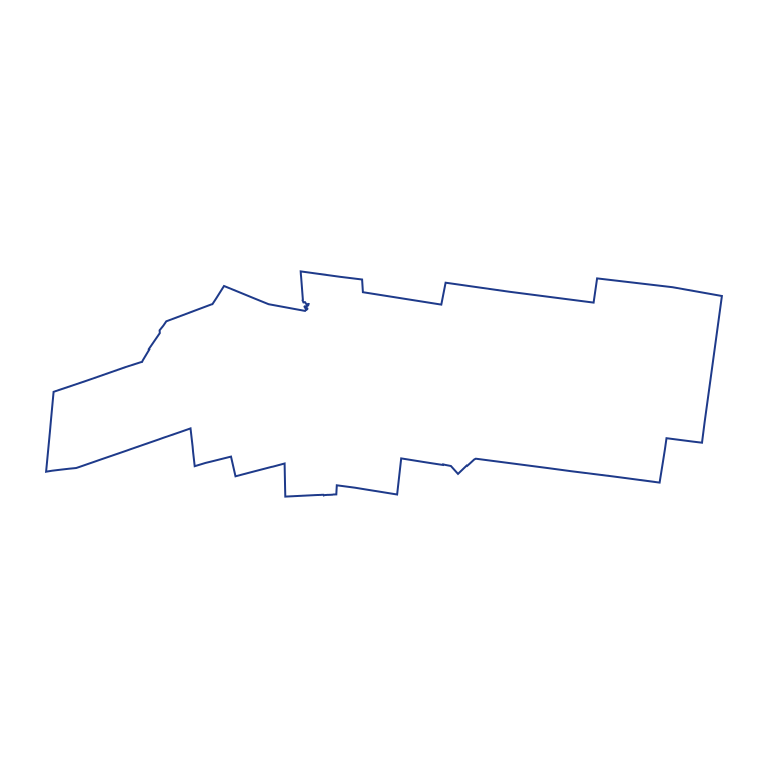 the district of Barca, Dolj, Romania
{"feature_id": "2599482B6572149700325", "entity_name": "Barca", "entity_type": "district", "adm_level": 2, "iso_a3": "ROU", "parent_name": "Romania", "parent_adm1": "Dolj", "projection": "orthographic", "projection_center": [23.606, 43.972], "detail": "fine", "context": "isolated", "style": "outline", "palette": "blue", "viewbox_px": 768, "rotation_deg": 0, "n_neighbors": 0, "source": "geoboundaries", "source_scale": "gbopen_adm2", "svg_char_len": 2177}
<svg xmlns="http://www.w3.org/2000/svg" viewBox="0 0 768 768"><path d="M548.8,468.2L571.1,471.2L612.8,476.4L625.0,478.0L659.6,482.6L660.4,477.6L662.9,462.1L665.0,448.8L666.5,438.2L692.9,441.6L702.0,442.7L704.6,422.3L710.4,380.2L716.2,337.8L721.9,296.0L672.5,287.2L597.1,278.4L593.6,302.6L509.0,291.7L445.6,282.7L441.3,304.6L362.9,292.2L362.1,279.5L340.0,276.8L300.7,271.4L300.9,274.8L301.1,276.7L302.8,298.8L302.9,299.4L302.8,299.7L302.7,299.8L302.6,300.3L302.6,300.5L302.8,300.6L303.2,301.6L303.3,302.1L303.4,302.4L303.8,302.5L304.3,302.3L304.6,302.2L304.9,302.1L305.1,302.2L305.6,303.0L305.8,303.4L306.5,304.3L306.9,304.8L307.9,304.0L308.1,303.9L308.6,304.0L308.3,305.1L307.8,305.7L307.6,305.8L306.6,306.2L306.3,306.2L305.5,306.4L305.2,306.3L304.8,306.3L304.5,306.6L304.5,306.8L304.7,307.0L305.6,308.6L305.8,308.7L306.2,308.4L306.8,308.1L307.0,308.1L307.3,308.3L307.4,308.5L307.3,309.1L306.1,310.1L305.8,310.2L305.3,310.5L305.1,310.7L305.0,310.9L268.6,304.2L253.8,298.2L241.9,293.3L224.3,286.1L224.0,286.0L216.4,298.1L212.4,304.2L211.7,304.3L166.3,321.3L163.3,325.7L159.6,330.3L159.8,333.1L148.8,349.1L149.3,349.5L142.7,360.5L142.1,361.9L140.8,362.2L125.8,367.0L86.3,380.8L53.6,391.8L50.8,421.9L49.9,432.0L46.1,471.7L46.6,471.6L52.2,470.7L60.5,469.7L69.2,468.7L74.4,468.2L76.2,468.0L79.8,466.8L89.0,463.6L92.8,462.3L100.5,459.6L120.6,452.7L126.7,450.6L130.6,449.2L139.8,446.0L159.2,439.3L159.4,439.2L163.9,437.6L180.0,432.1L189.7,428.7L190.5,428.4L190.7,430.0L192.6,446.5L193.1,452.1L194.5,464.4L194.7,466.2L205.6,462.9L211.8,461.4L231.0,456.6L235.5,476.3L253.8,471.5L271.9,466.8L272.7,466.7L284.6,463.5L285.1,488.5L285.3,496.6L303.4,495.7L317.4,495.0L318.0,495.0L320.8,494.9L321.9,494.8L322.5,494.8L323.5,494.8L323.8,495.4L324.0,495.3L324.2,495.2L325.6,495.0L326.0,495.0L327.1,494.9L330.5,494.8L332.4,494.7L333.3,494.5L336.3,494.4L336.8,485.3L355.0,487.7L366.0,489.5L375.4,491.0L375.5,491.0L397.1,494.5L397.3,492.9L401.2,458.4L411.2,460.0L421.8,461.7L422.4,461.8L433.3,463.5L443.2,465.0L443.3,464.7L443.3,464.4L444.8,464.8L450.9,466.0L458.0,473.9L466.7,465.5L467.2,465.9L470.1,463.3L474.2,459.5L475.8,458.7L548.8,468.2Z" fill="none" stroke="#1e3a8a" stroke-width="2"/></svg>